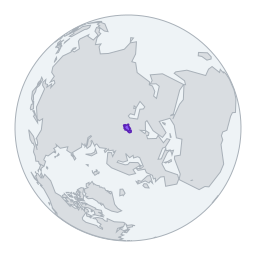 the Earth from above Saratov, rotated 227°
{"feature_id": "RUS-2393", "entity_name": "Saratov", "entity_type": "Region", "adm_level": 1, "iso_a3": "RUS", "parent_name": "Russia", "parent_adm1": "", "projection": "orthographic", "projection_center": [46.661, 51.31], "detail": "fine", "context": "on_globe", "style": "filled", "palette": "violet", "viewbox_px": 256, "rotation_deg": 227, "n_neighbors": 0, "source": "natural_earth", "source_scale": "10m", "svg_char_len": 12345}
<svg xmlns="http://www.w3.org/2000/svg" viewBox="0 0 256 256"><g transform="rotate(227 128 128)"><circle cx="128" cy="128" r="113" fill="#eef3f6" stroke="#a8b0b8"/><path d="M112.0,16.5L114.7,16.2L116.7,17.6L113.7,17.6L114.5,18.1L118.4,18.2L120.7,18.2L128.8,21.8L141.1,24.9L146.2,24.8L144.1,25.9L154.7,25.1L162.2,27.1L152.9,25.6L151.4,26.1L156.1,27.7L155.5,28.6L157.4,30.0L156.3,31.0L150.9,30.3L150.1,31.1L153.5,32.2L154.5,34.1L149.6,32.3L150.9,35.5L142.2,35.5L130.2,30.7L124.6,32.4L110.1,32.2L110.6,33.5L105.4,34.5L104.0,36.4L101.7,36.0L102.6,37.9L105.0,37.8L106.2,38.7L105.6,39.9L102.5,39.5L102.4,38.9L101.2,39.5L99.9,38.8L100.2,39.8L96.6,39.4L99.3,41.6L95.7,42.8L93.5,42.1L94.9,39.8L93.5,33.3L91.7,32.3L87.8,32.9L77.9,38.6L75.5,38.6L71.3,40.3L72.1,41.2L75.6,40.3L76.0,42.7L80.3,41.5L81.1,42.4L85.0,42.4L83.1,44.9L79.1,47.6L75.8,47.8L73.9,49.1L76.0,51.0L68.8,54.0L62.2,60.3L60.5,60.9L59.0,57.7L61.7,51.9L59.8,48.6L59.7,53.4L55.3,55.2L54.0,56.8L53.5,58.4L54.6,58.8L52.9,60.1L52.3,55.6L53.9,54.3L54.1,55.7L55.3,53.1L54.9,50.4L52.7,51.8L54.4,47.1L52.9,48.0L52.4,47.7L54.7,46.4L50.6,48.7L52.3,45.1L47.1,49.6L47.8,48.9L53.6,43.5L57.0,40.6L60.7,37.7L60.6,37.8L67.2,33.2L74.1,29.1L81.3,25.5L88.7,22.4L96.3,19.9L104.1,17.9L112.0,16.5ZM15.8,138.3L17.0,147.0L17.2,148.3L15.8,138.3ZM45.0,52.0L46.3,50.5L45.2,51.8L45.0,52.0ZM121.8,18.1L118.5,18.2L115.3,17.9L118.1,17.6L121.8,18.1ZM127.9,19.3L126.2,19.4L125.4,18.5L126.6,18.7L127.9,19.3ZM150.0,24.6L147.5,23.9L150.2,24.3L150.0,24.6ZM157.9,30.0L158.8,30.0L159.4,30.7L157.9,30.0ZM85.8,41.0L85.4,41.6L84.9,41.3L85.8,41.0ZM87.9,40.4L87.5,39.5L88.5,39.1L88.7,39.6L87.9,40.4ZM158.2,33.0L158.9,34.4L157.3,32.9L158.2,33.0ZM88.1,41.6L90.2,38.5L91.8,37.8L93.9,39.4L88.1,41.6ZM158.7,35.1L160.4,38.6L162.6,38.7L157.4,40.6L157.7,36.9L155.3,34.9L157.6,35.6L158.7,35.1ZM106.0,37.3L103.4,37.4L106.1,36.3L106.0,37.3ZM107.4,36.5L113.9,32.2L117.4,32.9L114.5,34.1L119.4,34.2L117.9,36.6L114.9,37.0L112.9,36.1L113.8,37.8L107.4,36.5ZM154.2,41.2L153.9,42.1L153.2,41.1L154.2,41.2ZM106.9,39.0L107.9,38.0L110.9,38.4L109.5,40.5L109.0,39.7L106.9,39.0ZM121.4,33.2L123.5,34.0L122.8,36.1L123.5,36.7L118.2,36.7L121.4,33.2ZM108.0,40.2L108.7,41.5L106.7,42.4L106.1,40.0L108.0,40.2ZM112.3,37.7L113.7,38.1L112.5,38.5L112.3,37.7ZM100.1,46.6L101.2,45.3L102.9,45.4L100.1,46.6ZM109.1,42.0L109.8,41.7L110.6,41.6L110.6,42.7L109.1,42.0ZM118.1,38.2L117.4,39.0L120.3,38.3L119.9,40.0L116.4,39.7L117.7,40.5L117.6,41.1L114.9,40.3L118.1,38.2ZM113.1,43.7L108.5,44.1L106.0,46.5L104.4,46.4L108.7,42.7L113.1,43.7ZM114.4,41.7L113.2,42.9L111.8,42.2L111.8,40.9L114.4,41.7ZM120.9,41.2L122.4,38.7L123.1,38.9L120.9,41.2ZM112.6,44.5L113.7,44.4L112.6,44.7L112.6,44.5ZM118.7,42.4L119.1,41.4L119.9,41.6L118.7,42.4ZM115.6,45.0L114.1,45.1L114.1,44.2L115.6,45.0ZM117.2,43.9L118.2,44.4L114.9,43.8L117.3,43.4L117.2,43.9ZM119.4,42.7L120.0,42.5L119.1,43.1L119.4,42.7ZM116.8,48.3L112.6,47.8L112.4,45.8L116.5,46.6L116.8,48.3ZM32.8,165.4L29.8,147.0L32.8,144.3L34.4,138.0L55.4,130.2L58.7,134.8L73.9,141.0L75.6,142.9L72.5,147.7L83.0,159.8L87.8,156.7L98.5,163.7L106.5,165.3L111.5,155.3L98.6,152.6L97.6,146.8L109.0,144.5L120.5,146.9L120.5,144.7L114.2,139.0L118.0,135.4L112.2,136.6L113.8,139.2L110.2,140.1L108.6,137.8L109.9,136.6L106.8,135.0L101.0,141.6L102.0,144.9L93.0,143.8L93.7,149.2L90.9,150.8L88.6,142.2L89.7,139.5L84.6,128.7L82.7,131.3L87.4,141.8L85.4,140.4L82.9,144.3L83.3,140.2L78.7,128.4L71.3,126.4L60.0,132.4L56.1,130.4L53.7,125.5L59.7,115.8L67.8,121.3L70.0,118.3L70.0,111.4L72.5,113.8L73.4,111.8L76.7,113.6L82.8,111.0L86.3,112.3L90.2,106.4L92.6,106.4L89.6,109.8L89.4,113.0L98.3,116.3L100.4,115.5L102.3,111.6L104.5,113.1L105.2,108.9L111.0,108.9L104.4,105.4L106.4,101.1L110.8,98.6L110.3,96.6L103.1,100.7L101.4,102.9L101.7,105.7L95.9,111.7L92.5,111.6L94.1,103.3L89.5,102.5L92.8,96.7L110.1,88.8L116.5,88.2L123.8,96.5L121.4,99.1L117.6,97.3L119.7,103.0L120.2,100.6L122.0,102.0L124.4,98.4L125.8,99.3L125.7,94.5L127.7,95.2L127.8,98.2L133.0,93.8L137.6,94.3L138.1,92.9L137.3,91.3L143.6,93.1L143.7,92.0L141.7,91.0L140.5,88.3L141.0,84.2L143.2,85.1L143.3,86.6L146.8,91.4L146.8,95.6L147.8,95.6L148.3,92.1L144.0,86.3L143.6,83.6L146.0,86.0L145.1,84.9L145.6,83.9L148.2,83.7L145.7,81.0L148.3,69.2L153.4,68.0L155.3,71.2L159.4,64.6L164.9,64.2L163.0,63.2L163.7,59.7L162.0,59.7L161.1,59.0L162.1,50.5L164.1,49.4L162.4,45.0L161.4,44.6L159.9,45.1L157.4,40.6L162.6,38.7L164.6,39.8L166.6,38.0L170.7,40.9L175.0,42.6L178.4,47.1L181.6,48.3L182.0,47.5L186.5,48.7L194.5,54.2L186.3,53.2L173.9,46.6L178.8,49.5L177.2,50.0L178.6,51.7L182.1,53.8L182.8,53.3L185.7,63.3L193.0,71.9L193.8,68.0L196.7,67.9L205.8,75.4L213.5,93.7L217.5,94.7L219.4,97.0L219.5,101.0L216.8,97.7L214.7,98.9L213.2,96.5L212.4,102.2L210.2,99.1L210.7,105.2L213.2,106.5L214.6,102.4L216.1,109.4L220.7,110.1L223.9,114.7L225.1,129.5L222.4,138.0L222.8,139.9L220.3,140.5L219.1,146.5L225.3,150.9L225.9,153.5L223.0,162.9L222.5,161.2L216.0,162.6L216.3,169.4L221.3,169.8L223.0,173.6L219.9,175.3L217.9,172.1L215.6,172.5L215.1,167.0L211.2,161.0L207.9,165.6L207.1,162.2L201.1,158.3L195.8,164.6L188.1,179.1L188.7,187.7L185.3,193.0L176.9,184.0L173.9,176.0L170.5,178.1L162.3,172.5L146.9,175.2L145.1,173.0L142.1,174.5L136.4,172.5L133.9,168.5L130.2,169.0L137.2,179.3L141.1,178.8L145.0,174.3L146.2,178.0L151.7,180.5L144.1,190.2L121.9,198.3L120.5,191.7L107.3,170.8L108.1,168.5L108.1,168.2L107.9,167.7L106.0,171.3L104.0,166.9L110.2,182.0L111.0,187.8L121.6,198.6L120.4,199.6L124.0,201.6L136.5,199.1L136.5,201.2L130.1,210.5L113.4,220.6L116.1,227.0L115.6,231.4L106.2,232.8L108.0,235.5L103.3,235.4L103.7,236.4L100.4,236.5L94.7,235.5L83.8,231.6L82.3,230.8L75.7,226.8L66.1,217.2L68.0,214.8L66.6,211.0L58.9,198.8L60.5,194.5L58.6,191.0L54.7,189.2L52.6,184.9L50.3,183.2L36.4,173.4L32.8,165.4ZM46.8,137.8L46.0,139.6L45.9,139.6L46.8,137.8ZM132.0,154.7L139.3,154.9L137.3,148.0L140.0,147.6L138.3,145.5L137.1,147.5L133.2,141.6L136.8,139.5L136.6,136.4L134.1,136.2L128.0,141.1L133.6,149.5L131.4,152.3L132.0,154.7ZM30.2,72.0L29.0,74.4L30.0,72.5L30.2,72.0ZM43.6,53.4L43.1,54.0L43.6,53.4ZM44.2,52.9L44.5,52.6L45.3,51.7L44.2,52.9ZM55.4,55.5L55.4,55.9L54.5,57.6L54.2,56.9L55.4,55.5ZM54.6,64.7L51.8,66.6L53.6,64.7L52.7,64.0L55.4,59.4L59.7,61.0L57.3,61.0L54.6,64.7ZM60.3,54.0L58.1,56.5L60.3,53.7L60.3,54.0ZM75.7,99.6L76.3,101.8L74.3,103.6L69.8,102.5L72.7,99.8L75.7,99.6ZM77.6,104.5L80.4,96.9L83.3,97.5L81.2,98.4L82.8,99.6L79.9,101.4L79.8,109.6L78.0,111.8L70.8,108.3L74.1,108.1L73.4,105.9L77.6,104.5ZM82.7,78.5L84.0,75.7L88.6,80.4L86.9,82.5L82.3,81.4L81.7,78.3L82.7,78.5ZM91.3,45.2L91.5,44.2L92.4,44.2L92.9,45.1L91.3,45.2ZM100.5,46.0L91.3,49.7L91.1,48.7L86.0,52.3L83.4,51.1L86.8,48.8L81.0,50.7L83.0,48.1L79.1,49.8L86.9,44.7L88.5,42.6L87.7,45.3L90.1,46.4L91.6,46.3L96.9,44.4L101.5,40.7L104.5,41.4L105.5,42.8L104.8,43.8L103.0,43.0L103.5,44.9L100.4,44.6L100.5,46.0ZM114.8,62.4L113.0,60.6L113.4,65.3L110.3,64.6L110.6,65.1L107.9,65.8L105.0,67.7L103.8,67.0L103.2,68.1L101.4,68.6L100.1,69.9L97.6,69.1L95.8,70.6L95.6,69.4L93.3,72.3L93.8,69.8L91.6,70.4L92.3,72.5L81.3,66.2L76.3,65.8L71.8,66.9L73.4,62.8L78.5,59.3L85.1,56.8L89.7,57.9L89.5,56.0L91.7,56.0L90.9,57.5L93.4,55.2L95.0,55.6L100.8,54.0L103.4,50.7L105.7,50.1L105.4,51.7L107.8,50.0L108.8,52.6L110.4,52.3L113.1,54.7L111.7,58.1L113.6,57.5L115.7,59.4L114.8,62.4ZM117.4,49.0L116.4,53.0L114.3,54.6L110.6,49.8L109.0,49.7L106.6,46.9L109.7,44.7L110.1,45.7L111.3,46.1L109.8,46.6L111.8,46.6L112.5,48.0L114.2,48.3L113.4,49.5L117.4,49.0ZM78.3,141.8L79.8,142.7L82.2,143.5L80.7,146.1L78.3,141.8ZM75.0,133.8L76.5,134.1L75.5,138.0L74.0,137.1L75.0,133.8ZM78.1,131.1L76.6,133.8L76.5,131.8L78.1,131.1ZM91.0,109.9L92.6,110.1L92.4,111.1L91.2,112.2L91.0,109.9ZM115.3,76.9L114.6,75.4L115.3,75.0L116.0,71.5L118.4,71.8L118.8,74.1L115.3,76.9ZM108.8,156.8L106.1,158.4L105.1,157.2L106.2,156.9L108.8,156.8ZM92.3,152.6L95.7,155.1L91.9,153.3L92.3,152.6ZM118.0,76.7L118.0,75.2L119.1,76.3L118.0,76.7ZM120.1,72.0L121.6,73.0L118.7,71.5L120.1,72.0ZM135.2,231.1L128.8,237.4L123.3,237.4L121.8,235.8L123.8,232.0L130.0,230.8L132.9,228.6L135.2,231.1ZM233.8,166.0L234.7,163.9L234.6,164.3L233.8,166.0ZM233.0,167.5L234.2,164.8L232.6,168.6L233.0,167.5ZM234.6,163.8L235.8,160.4L236.3,158.6L236.1,159.5L234.6,163.8ZM232.1,169.4L226.2,178.9L223.6,181.7L224.4,179.8L228.7,174.1L232.1,169.4ZM224.2,180.0L219.9,182.1L212.1,179.1L215.0,176.9L222.7,175.5L222.2,177.0L224.9,176.4L224.2,180.0ZM233.7,160.0L233.2,163.7L230.2,168.8L228.7,170.7L227.7,168.4L228.3,165.4L229.6,163.5L233.4,148.7L235.0,147.7L234.1,153.1L235.3,153.6L233.7,160.0ZM189.2,188.2L192.2,191.6L190.1,193.4L189.2,188.2ZM233.9,140.3L233.1,146.8L233.5,139.5L233.9,140.3ZM233.6,134.5L234.1,135.9L233.1,135.7L233.6,134.5ZM223.6,142.4L222.3,144.8L221.8,143.6L223.2,139.9L223.6,142.4ZM226.3,118.7L228.1,122.4L228.5,124.0L227.0,122.8L226.3,118.7ZM137.8,79.1L134.2,83.5L133.2,87.2L135.0,90.0L130.9,88.1L132.5,82.3L137.8,79.1ZM146.8,70.3L145.1,68.0L146.8,67.9L147.4,68.4L146.8,70.3ZM145.1,69.7L141.3,69.1L141.0,67.1L144.1,68.0L145.1,69.7ZM129.5,72.7L128.3,73.9L127.4,72.9L129.5,72.7ZM236.2,159.4L235.9,160.3L237.5,154.5L237.5,154.4L236.2,159.4ZM240.1,138.6L240.4,135.3L240.0,138.6L240.5,133.1L240.5,133.4L240.1,138.6ZM238.9,146.6L238.8,147.6L238.5,148.2L238.9,146.6ZM239.3,144.5L239.8,141.6L239.1,145.5L239.3,144.5ZM236.0,152.6L236.4,153.6L237.6,149.0L236.7,153.3L237.2,154.2L236.8,156.1L236.3,155.0L235.6,159.2L235.1,160.6L235.1,158.4L235.8,153.3L236.4,150.3L238.4,143.7L236.0,152.6ZM239.4,142.2L239.2,140.9L239.3,138.7L239.5,138.8L239.4,142.2ZM237.9,138.2L236.7,138.1L236.1,141.4L236.9,133.0L238.0,134.5L237.9,138.2ZM236.1,134.4L235.6,137.5L235.8,133.1L236.1,134.4ZM235.2,137.1L234.6,135.4L235.3,134.0L235.2,137.1ZM236.5,133.4L235.8,129.7L236.6,130.8L236.5,133.4ZM233.0,131.8L235.3,131.4L233.1,134.7L230.7,128.6L231.5,126.4L233.0,131.8ZM222.6,94.7L221.1,93.3L221.2,91.0L222.2,92.6L222.6,94.7ZM219.9,83.0L220.7,90.0L221.0,96.0L222.0,95.5L224.0,99.5L221.4,98.6L219.5,92.2L219.7,88.3L217.6,85.2L216.4,81.1L213.4,78.5L212.2,76.0L215.0,77.3L219.9,83.0ZM212.1,77.5L206.5,72.0L207.6,69.3L209.0,69.9L211.2,73.5L210.5,74.7L212.1,77.5ZM205.5,70.0L204.8,71.2L195.1,66.9L193.3,65.4L201.2,66.9L201.0,68.1L203.2,69.7L205.5,70.0ZM155.1,42.3L154.0,42.1L154.9,41.7L155.1,42.3ZM160.2,59.1L159.2,58.1L160.3,57.5L160.2,59.1ZM157.0,54.9L156.4,56.2L156.1,54.5L157.0,54.9ZM155.3,59.4L155.8,56.6L156.7,59.8L155.3,59.4Z" fill="#d9dde1" stroke="#a8b0b8" stroke-width="1"/><path d="M133.0,127.0L133.0,127.3L132.9,127.4L132.8,127.2L132.8,127.3L132.7,127.4L132.7,127.5L132.5,127.8L132.4,128.0L132.1,128.0L131.9,128.2L131.9,128.3L131.6,128.3L131.4,128.3L131.4,128.5L131.4,128.8L131.1,129.0L130.9,129.2L130.7,129.4L130.4,129.3L130.5,129.4L130.5,129.5L130.6,129.9L130.6,130.0L130.7,130.3L130.8,130.3L130.8,130.5L130.7,130.7L130.3,130.9L130.2,130.9L129.9,130.7L129.8,130.4L129.7,130.3L129.7,130.2L129.4,129.9L129.2,129.7L129.0,129.8L128.8,129.8L128.7,129.8L128.7,129.7L128.4,129.6L128.2,129.5L128.2,129.4L128.1,129.2L127.9,129.2L127.9,129.3L127.8,129.5L127.6,129.5L127.3,129.5L127.3,129.3L127.2,129.2L126.9,129.0L126.8,129.4L126.6,129.4L126.6,129.5L126.6,129.4L126.4,129.4L126.2,129.4L126.2,129.2L126.3,129.1L126.3,128.9L126.2,128.7L126.0,128.4L125.9,128.3L125.7,128.3L125.5,128.2L125.5,128.3L125.4,128.3L125.4,128.2L125.2,128.2L124.9,128.3L124.7,128.4L124.7,128.2L124.6,128.3L124.3,128.3L124.1,128.4L124.0,128.5L123.9,128.5L123.7,128.3L123.6,128.2L123.3,128.0L123.3,127.9L123.3,127.7L123.2,127.5L123.0,127.3L122.9,127.3L122.9,127.2L123.1,126.9L123.2,126.6L123.3,126.5L123.3,126.4L123.3,126.2L123.5,125.9L123.8,125.7L124.0,125.7L124.0,125.8L124.3,125.7L124.4,125.8L124.5,125.7L124.6,125.8L124.8,125.8L125.1,125.9L125.2,126.0L125.2,125.9L125.3,125.9L125.5,125.8L125.5,125.7L125.4,125.7L125.5,125.7L125.4,125.6L125.5,125.5L125.8,125.7L125.9,125.8L126.0,125.9L126.0,126.0L126.1,125.9L126.3,125.8L126.5,125.8L126.6,125.7L126.8,125.6L127.2,125.8L127.2,125.7L127.3,125.6L127.5,125.5L127.5,125.4L127.8,125.3L127.9,125.2L127.9,125.3L128.0,125.3L128.3,125.4L128.4,125.5L128.5,125.5L128.6,125.4L128.6,125.5L128.9,125.5L129.0,125.5L129.0,125.4L129.2,125.5L129.3,125.5L129.3,125.4L129.4,125.2L129.5,125.2L129.5,125.3L129.7,125.2L129.8,125.1L130.0,125.0L130.0,125.3L130.3,125.3L130.5,125.5L130.7,125.8L130.7,125.7L130.8,125.6L131.0,125.6L131.2,125.8L131.3,125.8L131.5,125.8L131.6,126.0L131.8,126.2L132.0,126.2L132.3,126.3L132.2,126.4L132.2,126.5L132.3,126.5L132.4,126.4L132.5,126.5L132.8,126.6L132.9,126.8L133.0,127.0Z" fill="#8b5cf6" stroke="#5b21b6" stroke-width="1.5"/></g></svg>